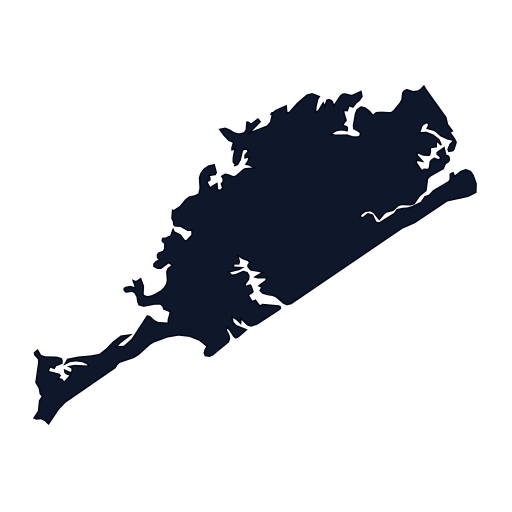 the border of Northland, rotated 273°
{"feature_id": "NZL-3404", "entity_name": "Northland", "entity_type": "Regional Council", "adm_level": 1, "iso_a3": "NZL", "parent_name": "New Zealand", "parent_adm1": "", "projection": "robinson", "projection_center": [173.848, -35.399], "detail": "fine", "context": "isolated", "style": "filled", "palette": "ink", "viewbox_px": 512, "rotation_deg": 273, "n_neighbors": 0, "source": "natural_earth", "source_scale": "10m", "svg_char_len": 6110}
<svg xmlns="http://www.w3.org/2000/svg" viewBox="0 0 512 512"><g transform="rotate(273 256 256)"><path d="M431.3,416.8L404.2,438.4L397.4,440.3L391.2,445.5L389.8,443.0L383.3,448.1L380.1,449.9L373.0,448.1L371.5,447.0L370.6,443.1L372.4,442.2L377.6,443.9L380.6,446.6L382.0,446.9L382.9,441.4L385.7,434.4L389.9,429.1L391.0,426.8L392.4,420.2L395.4,421.6L397.6,421.2L398.1,419.3L396.0,415.9L394.3,414.7L387.5,412.8L388.3,419.4L385.9,426.7L381.6,432.7L376.4,435.2L380.1,430.7L378.1,430.0L374.6,430.3L373.5,425.0L372.4,424.4L369.2,424.7L366.1,424.1L365.6,423.3L365.6,417.9L367.9,411.5L365.0,411.6L359.3,417.3L360.1,411.4L357.4,411.2L349.5,417.3L351.4,419.1L351.4,423.8L353.8,424.7L359.3,425.1L361.1,426.4L362.9,429.1L361.8,432.2L361.8,434.3L363.5,435.2L364.8,434.7L367.2,431.5L368.8,431.5L374.0,438.1L366.5,440.3L366.1,442.3L365.0,443.5L363.5,443.9L361.7,443.9L360.3,443.1L358.0,440.1L353.1,438.4L345.2,426.0L342.2,423.2L330.3,422.3L324.8,416.2L316.5,411.1L315.2,407.2L315.1,398.8L314.0,395.5L308.8,390.3L306.7,383.8L304.5,381.3L299.0,377.3L305.6,371.3L307.3,368.0L306.4,362.6L303.5,359.2L301.6,357.9L300.3,358.0L299.9,360.9L304.0,365.5L302.9,370.2L296.1,373.8L295.3,377.3L305.8,392.2L309.5,394.4L311.0,399.4L311.8,405.1L313.2,409.1L318.1,418.1L324.1,421.7L325.7,425.9L330.5,429.9L340.3,444.7L342.6,446.0L347.9,445.7L349.5,448.4L345.8,450.1L351.2,456.3L353.1,461.0L351.7,465.6L348.1,468.5L339.8,472.0L331.1,472.2L326.8,464.7L321.1,443.9L297.8,412.8L291.4,400.2L210.3,293.5L209.1,289.4L210.4,286.0L216.4,278.2L217.7,274.6L218.1,269.7L219.3,264.7L221.6,261.9L225.2,263.6L226.4,260.5L231.8,267.0L234.4,267.9L234.8,266.3L234.4,258.8L235.0,256.1L239.9,263.6L240.9,259.9L241.8,251.6L244.9,248.6L246.6,248.5L248.8,250.1L251.0,248.6L252.9,242.6L255.9,237.7L249.3,239.7L247.2,239.1L247.1,234.9L246.2,234.1L244.2,233.8L243.6,235.0L243.6,242.8L241.6,239.6L238.6,229.4L235.5,232.7L236.2,236.6L239.9,244.2L238.9,248.0L236.0,249.9L232.4,249.8L227.8,246.9L226.0,246.7L225.0,247.5L226.7,251.7L225.6,252.7L220.4,254.8L219.2,254.1L217.1,250.8L215.7,250.8L210.2,254.6L211.8,257.7L206.6,262.0L207.0,264.3L207.9,264.9L207.3,280.9L206.7,282.7L205.0,283.1L203.5,281.7L188.1,260.5L185.9,254.7L186.8,251.1L193.0,244.2L188.0,244.2L191.6,240.1L194.2,235.4L188.7,236.3L185.4,239.7L181.8,250.2L174.2,242.2L173.2,239.9L174.6,238.1L181.0,233.5L183.1,230.9L180.4,230.1L175.3,233.1L171.9,233.8L168.8,232.9L154.9,217.7L153.5,214.8L153.9,210.6L156.5,209.4L160.0,210.2L163.3,211.9L169.1,203.9L172.5,193.7L173.1,182.7L170.7,171.8L164.9,158.3L162.5,154.7L151.6,143.8L148.3,139.1L142.7,125.0L140.3,122.8L137.1,121.1L100.1,73.0L92.8,66.7L77.5,57.6L80.5,54.2L82.4,50.2L81.8,45.0L82.6,42.8L89.7,47.0L100.2,47.5L104.8,50.2L107.1,47.8L112.7,46.6L118.2,42.9L138.7,44.7L141.9,44.2L145.7,40.3L147.8,39.8L150.6,42.8L145.4,46.1L144.1,50.4L144.4,62.0L143.3,66.7L141.7,67.7L138.8,67.9L135.9,61.6L133.3,60.5L134.5,56.0L130.9,54.7L129.6,55.1L127.6,65.3L126.3,66.7L123.3,64.8L122.5,68.7L119.7,70.9L127.2,77.1L128.6,72.6L129.9,71.3L132.0,70.9L129.6,77.1L131.5,78.4L133.3,78.5L134.9,77.5L135.8,75.3L137.1,80.7L137.1,93.2L137.8,94.7L139.6,93.2L141.6,88.1L142.0,81.8L140.9,75.5L138.2,70.9L142.9,73.3L145.6,83.9L147.4,96.5L149.4,105.0L155.3,111.7L162.8,118.2L168.9,125.5L170.6,134.6L161.8,124.3L158.0,121.3L158.7,129.0L166.3,136.6L190.4,150.6L189.8,153.1L186.0,157.7L184.3,161.7L184.2,170.7L184.7,171.9L187.9,171.8L195.3,173.4L196.7,171.5L198.2,166.7L200.8,165.8L203.1,163.1L202.7,157.0L200.1,146.5L201.1,141.8L204.5,140.3L209.0,139.5L213.2,136.9L214.4,134.1L213.2,128.0L215.1,126.1L216.7,126.1L217.8,127.6L218.9,132.2L217.5,137.7L225.0,134.6L224.1,136.8L224.6,138.6L227.3,142.0L220.0,145.1L212.4,145.1L210.7,145.8L209.5,149.3L210.4,153.4L212.2,157.2L216.3,163.3L219.4,166.1L222.9,168.1L226.8,168.9L235.6,167.8L239.0,169.0L242.4,173.4L244.8,168.9L238.8,161.8L238.6,158.4L240.3,154.6L242.7,154.5L245.2,156.7L247.2,160.0L249.3,157.8L251.8,157.5L253.8,158.6L255.8,163.4L258.3,164.4L263.8,164.4L265.6,161.9L266.9,161.5L268.7,162.0L268.9,164.6L271.6,169.9L278.1,171.8L275.7,173.0L273.1,179.2L267.3,184.1L267.6,185.9L273.7,191.1L277.5,190.8L278.3,190.0L278.1,186.5L281.8,179.2L281.8,173.4L283.1,172.3L286.1,171.8L289.3,170.1L297.3,170.3L296.8,171.5L301.4,177.7L308.7,183.1L311.5,186.6L312.7,191.8L315.1,195.8L320.8,196.7L331.2,195.5L335.5,196.7L340.0,199.6L343.4,204.1L344.9,209.5L337.4,211.9L335.3,211.1L333.8,204.5L331.4,205.9L329.5,205.9L327.4,202.9L321.2,206.7L322.9,208.1L326.3,213.2L320.2,214.0L319.6,217.0L322.4,219.2L326.3,217.6L328.0,219.0L330.0,219.4L332.0,219.0L333.8,217.6L336.0,221.0L335.6,224.0L333.8,229.4L334.9,232.1L341.7,239.1L342.6,240.9L343.6,249.4L344.1,250.0L346.6,244.2L347.1,241.2L350.7,243.2L354.7,244.2L353.4,239.9L356.0,239.7L360.1,242.8L361.8,241.9L362.2,239.8L361.6,237.7L360.1,236.8L351.0,235.1L346.5,232.8L344.8,229.4L346.1,230.9L348.6,228.4L352.9,228.2L362.1,229.4L360.7,226.5L362.6,226.3L366.8,227.3L366.8,228.0L368.8,226.8L370.0,222.9L375.0,217.7L380.5,213.2L381.9,218.5L380.4,222.9L377.9,227.3L376.8,232.4L378.2,237.5L381.2,239.7L389.2,239.9L389.2,241.2L387.4,244.3L392.9,250.8L390.3,253.1L376.8,241.2L379.8,246.0L386.3,260.5L390.4,263.6L397.7,264.9L398.2,263.5L399.7,264.3L400.3,266.1L402.3,268.1L407.5,278.3L400.4,279.3L401.2,281.9L410.6,289.4L419.3,298.5L420.9,303.6L418.5,310.9L415.8,309.3L407.7,308.0L404.4,307.9L402.5,309.0L405.5,311.5L412.3,315.1L408.8,316.8L415.3,318.7L416.0,320.5L415.4,322.7L413.8,324.3L409.9,325.8L420.4,332.1L422.2,334.4L422.4,337.1L421.2,342.3L421.6,344.2L425.8,352.2L420.9,353.5L417.2,351.3L413.8,347.7L409.8,345.0L411.1,341.0L405.9,339.5L406.1,336.0L403.4,336.3L396.2,338.9L392.0,336.0L390.8,336.7L389.8,339.8L389.0,340.5L386.1,340.6L385.7,340.2L386.3,338.4L386.4,334.4L385.9,331.4L385.0,328.8L381.5,324.1L380.7,328.9L381.5,340.6L379.9,346.4L380.2,351.9L381.5,353.6L384.2,354.0L385.8,352.2L388.3,347.0L391.6,346.5L403.5,348.0L407.3,349.3L410.3,353.1L409.5,357.3L406.5,361.6L402.4,365.5L405.4,368.6L406.0,373.9L406.0,383.3L408.2,386.0L416.2,391.9L419.6,393.6L426.3,394.0L428.3,395.1L430.0,397.9L428.3,404.1L429.1,409.2L431.0,411.8L434.5,414.8L431.3,416.8Z" fill="#0f172a" stroke="#020617" stroke-width="1.5"/></g></svg>